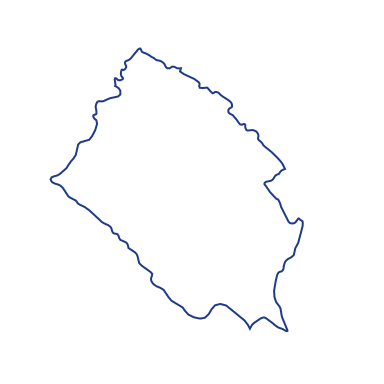 map outline of Manipur (Mercator projection), rotated 110°
{"feature_id": "IND-2478", "entity_name": "Manipur", "entity_type": "State", "adm_level": 1, "iso_a3": "IND", "parent_name": "India", "parent_adm1": "", "projection": "mercator", "projection_center": [93.694, 24.765], "detail": "fine", "context": "isolated", "style": "outline", "palette": "blue", "viewbox_px": 384, "rotation_deg": 110, "n_neighbors": 0, "source": "natural_earth", "source_scale": "10m", "svg_char_len": 3898}
<svg xmlns="http://www.w3.org/2000/svg" viewBox="0 0 384 384"><g transform="rotate(110 192 192)"><path d="M300.6,90.9L297.9,93.8L294.8,98.6L287.0,120.9L287.5,127.1L290.6,131.6L295.5,133.5L301.0,134.5L305.8,136.9L308.2,141.1L309.1,147.3L308.4,153.6L305.9,158.2L303.7,161.3L301.2,174.0L299.0,177.9L293.6,185.3L292.8,189.7L292.8,192.3L292.3,195.1L291.3,197.6L289.6,199.7L287.8,200.8L286.1,201.0L284.5,201.0L282.5,201.4L281.3,203.7L278.5,213.9L276.9,217.3L270.9,221.3L269.3,222.8L268.2,225.0L266.4,232.5L264.3,233.8L262.8,235.1L261.9,236.9L261.5,242.9L260.3,244.6L258.7,245.7L257.2,247.4L257.1,248.3L257.6,250.9L257.4,252.1L256.5,253.3L253.7,255.4L252.7,256.6L251.9,258.9L251.5,263.9L251.0,266.4L244.4,282.1L242.8,287.7L242.3,293.0L241.7,295.6L240.3,297.3L239.7,298.7L239.0,304.4L238.5,306.5L232.3,314.8L231.0,317.8L230.8,320.7L231.0,323.9L230.6,326.9L230.2,327.4L228.6,329.2L226.3,329.0L224.3,326.8L222.4,324.1L220.2,322.3L212.5,318.1L209.4,317.5L204.8,316.3L201.0,314.8L197.0,313.9L186.3,315.2L183.5,313.9L178.1,306.5L173.8,305.0L167.0,304.1L160.5,304.5L157.2,306.5L156.9,307.7L156.4,308.8L155.7,309.8L154.9,310.5L153.6,310.9L152.8,310.1L152.1,309.0L151.2,308.6L148.9,309.4L144.7,311.8L141.9,312.1L139.5,311.7L138.4,310.4L138.0,308.5L137.1,306.5L132.7,302.0L131.4,300.3L127.6,294.2L124.9,292.7L121.3,294.0L119.6,296.3L118.7,299.7L118.7,300.5L117.5,300.5L112.5,303.2L111.4,303.2L111.1,302.5L111.4,301.5L111.8,300.6L112.1,299.6L111.9,298.5L111.4,297.4L110.0,296.0L109.3,295.6L108.5,295.9L108.0,296.6L107.5,297.7L106.6,298.5L105.4,299.3L103.1,299.8L101.9,299.9L101.1,299.8L100.8,299.4L100.8,298.9L100.9,298.3L100.5,297.7L99.3,296.9L97.8,296.6L96.9,296.6L96.1,297.0L94.6,298.6L93.3,299.3L92.1,299.2L91.1,298.4L90.4,297.4L89.2,296.3L87.4,295.2L77.2,291.7L75.7,290.9L75.1,290.3L74.9,289.6L75.3,289.1L75.9,288.4L76.6,287.8L77.2,287.1L77.5,286.4L77.6,285.5L77.6,282.1L78.2,278.5L78.8,276.7L79.0,275.7L79.1,274.0L80.0,271.3L80.2,270.3L79.7,267.1L79.8,265.2L80.4,263.1L81.4,261.4L83.6,259.2L84.1,257.5L83.5,255.4L80.9,253.4L80.4,251.4L80.8,248.1L80.3,246.7L79.5,244.7L82.8,244.5L84.0,240.0L85.0,228.4L86.6,223.1L87.8,221.8L90.1,221.4L91.4,220.4L90.8,217.9L88.7,213.3L91.2,208.9L92.2,206.3L91.0,205.1L90.2,204.7L89.7,203.6L89.6,201.1L90.1,200.0L90.4,199.7L91.0,198.1L91.8,195.7L93.0,190.2L93.7,187.7L94.6,185.8L95.2,185.1L96.1,184.4L96.7,184.1L97.8,183.7L98.3,183.6L98.6,183.7L99.0,183.9L100.5,185.2L101.3,185.7L102.3,185.9L103.4,185.6L104.8,184.8L105.3,183.7L105.6,182.5L105.8,180.2L108.5,175.3L112.0,170.2L111.8,168.3L111.4,167.7L110.3,166.5L110.2,165.7L110.5,165.1L111.1,164.7L111.8,164.5L112.6,164.2L113.6,163.7L114.9,162.4L115.2,161.5L115.1,160.5L113.0,156.2L113.0,153.1L113.3,152.1L114.1,150.7L115.0,149.8L115.8,149.1L116.7,148.7L118.9,148.3L120.0,147.7L120.6,146.4L121.2,144.5L122.1,142.8L123.7,140.8L124.5,139.0L127.2,131.0L131.1,122.5L133.3,118.5L134.9,116.3L138.5,112.5L139.5,113.6L140.8,114.9L141.7,115.5L142.7,115.9L143.7,116.2L144.5,116.3L145.1,116.5L145.5,116.7L146.5,118.0L147.4,118.8L148.6,119.4L151.6,120.0L153.1,120.6L154.3,121.5L155.2,122.8L157.0,125.8L158.3,126.7L159.6,126.8L160.4,126.0L160.9,124.9L165.5,118.5L169.5,110.6L169.6,109.2L169.5,108.6L172.1,105.7L175.5,103.2L187.0,91.0L187.6,89.3L187.6,88.4L187.3,87.2L186.8,86.0L186.0,85.0L184.8,84.3L180.6,83.0L180.4,82.9L180.4,82.4L181.2,80.4L181.5,79.2L181.7,78.1L183.3,77.3L186.2,76.4L203.3,74.8L209.6,75.7L212.3,75.3L216.4,74.8L218.2,75.7L219.8,76.7L222.4,79.1L224.1,80.0L225.8,80.6L227.6,80.6L229.8,80.5L233.1,79.7L234.9,80.1L236.0,80.7L236.7,81.8L237.6,82.8L238.0,83.1L239.1,83.4L241.1,83.6L246.8,82.9L256.7,81.1L262.2,78.7L265.0,76.7L267.0,74.8L269.8,70.4L271.5,68.8L277.1,65.7L279.0,64.4L289.0,55.3L289.8,54.8L290.2,55.1L290.4,56.5L290.2,57.7L289.8,59.8L289.8,64.7L288.7,68.7L287.7,71.3L285.3,79.2L285.1,80.9L285.8,82.5L287.4,84.3L293.7,88.8L295.9,90.0L300.5,90.9L300.6,90.9Z" fill="none" stroke="#1e3a8a" stroke-width="2"/></g></svg>